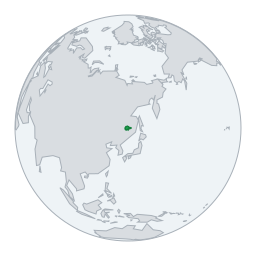 the Earth from above Yevrey
{"feature_id": "RUS-2613", "entity_name": "Yevrey", "entity_type": "Autonomous Region", "adm_level": 1, "iso_a3": "RUS", "parent_name": "Russia", "parent_adm1": "", "projection": "orthographic", "projection_center": [132.69, 48.574], "detail": "fine", "context": "on_globe", "style": "filled", "palette": "green", "viewbox_px": 256, "rotation_deg": 0, "n_neighbors": 0, "source": "natural_earth", "source_scale": "10m", "svg_char_len": 12234}
<svg xmlns="http://www.w3.org/2000/svg" viewBox="0 0 256 256"><circle cx="128" cy="128" r="113" fill="#eef3f6" stroke="#a8b0b8"/><path d="M207.6,203.7L207.5,204.0L207.4,204.1L207.6,203.7ZM216.9,58.9L216.4,61.2L219.5,62.4L220.6,64.2L220.3,65.0L219.0,63.2L216.7,63.1L216.8,65.7L211.7,65.4L201.3,60.1L202.2,58.8L199.6,57.9L198.3,59.7L198.1,61.1L187.4,62.2L182.0,69.9L183.9,74.8L180.7,72.0L186.8,83.2L186.2,90.1L184.6,80.9L182.7,78.9L181.2,82.7L179.0,81.5L176.9,82.7L174.4,81.0L173.7,76.0L172.0,74.9L171.0,77.7L167.9,77.9L169.5,74.0L164.2,74.0L162.0,66.3L168.5,58.0L165.1,53.3L166.1,43.7L163.8,43.6L162.7,40.3L159.7,38.9L160.7,37.8L157.4,37.8L157.0,39.1L155.4,39.6L153.6,39.0L154.6,37.4L155.7,37.4L155.0,36.6L156.3,36.1L154.6,36.0L156.1,34.2L152.0,35.2L150.9,33.1L152.5,32.1L155.9,33.3L168.0,34.8L170.7,34.6L171.3,33.0L164.9,27.3L166.5,26.8L166.0,25.3L163.6,24.9L163.0,26.0L158.3,25.2L158.2,26.8L156.3,26.8L154.8,28.3L151.3,27.0L148.7,25.0L149.7,23.8L148.6,22.9L144.6,23.3L143.6,20.6L137.9,18.3L138.1,17.9L143.9,18.0L151.6,19.7L159.1,20.8L150.4,19.0L151.0,18.4L149.5,17.9L147.2,17.5L145.5,17.4L144.9,17.1L153.3,18.5L154.0,18.8L151.3,18.2L155.0,19.1L160.6,20.5L160.4,20.2L169.1,23.2L169.9,23.4L170.8,23.8L170.4,23.7L170.9,23.9L178.5,27.3L185.8,31.3L192.8,35.9L199.5,40.9L205.7,46.5L211.6,52.5L216.9,58.9ZM229.1,129.0L228.2,127.4L229.3,127.0L229.1,129.0ZM227.2,127.3L227.6,127.7L227.2,127.6L227.2,127.3ZM226.7,127.9L227.1,127.5L226.7,128.1L226.7,127.9ZM226.1,128.9L226.4,128.3L226.1,128.9ZM224.8,129.8L224.5,129.9L224.6,129.2L224.8,129.8ZM198.4,62.0L198.5,59.9L200.5,58.8L200.6,60.7L198.4,62.0ZM194.3,64.3L193.7,62.8L196.7,63.6L196.1,64.2L194.3,64.3ZM185.8,78.7L186.4,76.7L186.6,79.1L185.8,78.7ZM177.1,83.1L177.7,84.2L176.4,84.4L177.1,83.1ZM156.8,29.0L155.8,28.6L156.6,28.5L156.8,29.0ZM157.1,30.0L158.7,30.1L159.1,30.6L158.1,30.5L157.1,30.0ZM171.3,82.1L169.0,82.2L171.2,81.2L171.3,82.1ZM155.0,29.7L159.6,31.5L160.2,32.4L156.9,32.9L155.0,29.7ZM167.7,81.8L162.2,82.5L163.0,84.7L157.7,79.0L164.1,80.2L166.6,78.4L166.3,80.5L167.7,81.8ZM157.7,39.8L158.0,38.3L159.4,40.1L157.7,39.8ZM159.0,40.9L165.7,46.1L164.3,48.1L162.3,45.9L161.9,49.1L158.0,47.5L157.3,45.4L159.0,44.3L156.2,44.5L159.0,40.9ZM155.7,75.9L154.2,75.4L155.6,74.9L155.7,75.9ZM154.9,40.0L156.4,40.8L155.3,42.6L152.2,41.3L153.5,41.1L154.9,40.0ZM163.7,50.8L162.4,52.0L158.8,51.0L157.8,51.3L157.7,47.6L163.7,50.8ZM152.8,40.4L150.6,40.6L149.4,39.3L153.4,39.3L152.8,40.4ZM156.3,43.6L155.7,44.4L155.0,43.5L156.3,43.6ZM144.1,35.0L145.9,35.7L145.5,36.7L144.1,35.0ZM149.8,40.8L150.2,41.3L150.3,41.8L148.6,41.7L149.8,40.8ZM155.2,47.3L154.0,46.6L155.1,48.7L152.4,48.2L152.9,45.8L151.6,46.6L150.8,46.5L152.1,44.8L155.2,47.3ZM147.0,43.1L146.7,40.2L143.5,38.5L143.8,37.5L148.9,40.5L147.0,43.1ZM149.9,44.2L148.2,43.3L149.4,42.5L151.3,42.6L149.9,44.2ZM150.5,48.7L154.4,50.1L154.2,50.6L150.5,48.7ZM145.8,42.8L145.9,43.5L145.5,42.7L145.8,42.8ZM148.8,47.0L150.2,47.4L149.9,47.9L148.8,47.0ZM145.0,44.7L144.9,43.7L146.2,43.7L145.0,44.7ZM146.5,45.9L145.8,46.5L146.7,44.3L147.2,45.9L146.5,45.9ZM148.3,47.4L148.6,47.9L147.7,47.2L148.3,47.4ZM140.1,45.3L141.0,42.5L143.8,42.5L142.6,45.2L140.1,45.3ZM68.2,32.5L67.6,33.0L62.7,36.4L53.1,46.0L51.3,47.9L48.9,49.0L38.9,61.2L39.7,62.0L34.1,72.5L32.6,78.4L38.2,75.8L40.7,65.9L44.6,62.1L45.4,68.1L43.7,77.3L45.2,76.2L49.1,68.8L51.7,69.7L50.8,66.3L49.0,68.6L48.4,66.6L50.1,64.4L50.9,64.8L52.3,61.9L47.9,61.5L45.5,63.8L47.3,57.7L43.5,61.1L42.9,60.3L49.0,54.4L50.7,53.6L59.6,45.6L58.0,45.7L49.5,53.5L50.8,51.7L48.6,52.3L51.4,50.4L61.1,42.3L64.6,37.8L63.9,35.7L67.1,33.4L72.0,30.3L77.4,28.4L69.8,34.0L71.6,33.7L77.6,31.1L74.7,33.1L76.2,32.8L73.8,35.0L74.7,37.2L72.9,39.6L77.4,39.7L77.1,41.0L74.5,40.5L71.7,41.6L67.7,48.2L68.1,49.2L71.4,48.8L69.9,50.8L73.6,49.7L73.3,53.5L76.7,47.9L80.6,47.7L82.7,49.8L84.6,48.9L81.2,45.5L79.3,45.1L76.6,46.3L71.9,44.9L72.4,42.9L79.7,40.9L81.1,37.9L86.1,37.9L92.4,46.4L92.8,50.6L84.8,58.2L82.3,57.3L83.9,54.1L78.6,57.4L80.9,57.0L79.6,58.8L83.0,59.3L82.3,60.6L86.9,59.0L86.3,60.7L83.5,61.7L88.1,64.3L88.2,68.0L89.6,68.0L91.1,67.0L90.2,72.6L91.2,72.3L92.0,70.4L94.5,68.7L98.8,68.0L98.2,70.0L96.6,70.5L92.5,74.7L88.3,76.0L88.5,76.7L92.0,76.1L97.1,70.9L99.8,70.0L97.7,72.6L98.7,71.6L99.9,71.7L100.5,73.8L102.9,71.1L116.6,71.0L119.2,75.3L115.9,77.4L124.8,80.3L127.1,85.4L127.7,83.5L132.5,83.9L131.8,82.3L132.5,81.5L144.4,82.4L146.7,84.4L152.6,83.1L152.9,82.2L151.5,80.7L157.7,79.0L163.0,84.7L162.0,86.4L166.0,89.0L163.1,92.7L162.5,97.1L157.0,99.9L157.0,103.4L158.6,104.0L159.9,109.4L156.9,118.6L152.3,108.2L155.3,95.0L153.5,100.0L151.9,98.0L149.9,99.4L148.8,103.2L150.0,104.1L137.6,106.9L130.8,115.9L136.3,116.6L138.4,120.2L135.5,132.2L120.2,145.0L122.9,150.9L122.2,154.1L118.0,155.2L118.9,150.5L115.7,147.8L116.9,145.1L110.3,145.6L111.7,141.8L105.9,144.2L106.7,147.8L112.0,148.6L106.4,152.7L110.1,159.4L109.1,165.8L98.0,173.7L88.9,173.8L88.0,175.4L85.2,172.0L80.2,173.8L84.6,186.1L84.0,188.8L76.5,190.9L76.6,188.9L69.0,179.9L66.7,185.6L72.4,193.8L74.3,200.6L69.6,196.5L67.7,190.3L65.0,187.0L66.4,181.9L65.4,172.1L60.6,170.9L61.6,167.6L59.5,157.7L53.0,155.6L42.2,157.2L39.7,164.8L36.5,165.5L35.0,149.1L37.1,140.1L34.9,138.2L34.8,126.6L29.9,114.9L30.7,111.9L29.4,110.5L29.6,104.6L31.4,100.0L30.8,97.5L26.4,109.9L27.2,112.7L30.0,112.7L28.4,116.2L28.4,122.7L23.0,123.5L18.1,112.8L20.2,106.4L29.6,82.5L30.7,81.6L30.9,81.4L31.1,81.0L29.4,82.0L31.9,77.8L24.1,92.1L21.7,96.9L18.0,112.9L17.7,112.9L17.3,117.3L19.0,124.6L18.5,126.3L16.1,129.9L15.4,129.4L15.6,121.2L16.4,113.0L17.8,104.9L19.7,96.9L22.3,89.0L25.4,81.4L29.1,74.1L33.3,67.0L38.0,60.2L43.2,53.8L48.9,47.8L55.0,42.3L61.4,37.1L68.2,32.5ZM39.3,90.1L40.0,96.0L44.2,90.6L44.8,92.5L46.0,90.0L44.5,90.2L48.1,84.0L50.0,85.7L52.2,84.0L52.1,82.0L48.0,79.8L42.8,88.5L40.7,88.4L39.3,90.1ZM150.5,18.3L149.8,18.2L147.7,17.7L149.0,17.9L150.5,18.3ZM136.4,16.6L135.8,16.1L137.1,16.5L138.8,16.4L143.8,17.3L138.4,17.7L140.0,17.3L136.4,16.6ZM149.0,18.9L146.5,18.1L149.5,19.0L149.0,18.9ZM86.8,29.7L84.6,30.7L83.4,30.3L85.8,27.9L87.5,28.4L86.8,29.7ZM81.7,32.2L88.2,31.2L87.0,32.9L86.6,32.1L85.2,33.3L84.1,32.3L76.5,35.1L75.0,35.0L80.2,30.3L79.3,31.8L81.5,30.7L81.7,32.2ZM107.0,27.9L109.8,28.0L103.6,31.3L101.7,30.8L103.9,28.2L107.5,27.3L107.0,27.9ZM148.2,30.5L149.7,30.8L149.4,31.2L147.9,31.3L148.2,30.5ZM145.0,35.2L141.5,30.1L143.0,30.0L139.1,27.3L141.6,26.2L144.0,28.0L143.1,25.3L146.2,26.4L145.1,24.6L150.3,28.6L153.1,29.7L149.0,28.8L146.6,29.8L146.4,30.5L148.1,33.5L153.0,36.5L151.4,38.1L149.0,38.5L147.6,38.0L149.0,37.1L146.1,37.1L147.1,35.4L145.0,35.2ZM121.6,44.5L123.9,43.1L118.2,43.9L119.2,41.8L118.5,42.0L117.8,40.3L115.8,38.7L116.7,37.9L115.5,37.7L115.1,36.6L113.7,36.1L115.0,34.4L113.4,33.6L114.9,33.3L111.9,32.4L114.7,32.4L114.4,31.2L111.8,31.9L121.9,25.4L124.0,23.1L124.1,21.4L128.9,21.8L131.8,23.8L133.1,26.8L130.4,29.1L133.0,29.0L132.5,30.1L130.7,29.7L133.3,31.0L132.3,31.8L133.5,35.1L137.8,36.7L138.3,38.0L136.2,37.9L138.2,39.4L134.5,40.0L134.8,41.0L131.5,42.8L127.2,42.0L127.9,43.3L125.4,44.8L121.6,44.5ZM139.1,45.7L133.7,45.0L131.6,43.6L138.3,41.2L138.5,40.1L142.8,38.8L145.7,40.9L144.2,41.1L143.5,41.8L142.9,40.8L142.8,42.1L140.8,42.4L140.2,43.5L138.6,43.0L139.1,45.7ZM51.4,48.6L50.4,49.9L49.3,51.6L47.9,52.1L51.4,48.6ZM57.9,43.0L57.3,43.8L54.8,45.2L55.8,44.1L57.9,43.0ZM59.2,43.3L57.5,43.8L59.0,42.8L59.2,43.3ZM74.2,41.4L73.8,42.4L72.9,42.6L72.1,42.3L74.2,41.4ZM104.8,47.1L106.5,46.3L106.9,46.7L110.9,46.6L110.5,48.3L107.9,49.0L104.8,47.1ZM37.4,74.9L36.6,74.0L37.4,72.6L37.5,73.2L37.4,74.9ZM41.5,62.2L39.5,65.6L41.1,62.3L41.5,62.2ZM105.0,48.9L106.7,48.6L105.5,49.7L105.0,48.9ZM110.4,49.5L109.2,50.7L110.9,48.5L110.4,49.5ZM101.7,221.3L105.1,222.3L105.0,222.6L101.7,221.3ZM98.0,219.4L101.9,220.4L97.4,219.9L98.0,219.4ZM103.4,220.8L107.3,221.1L109.0,220.9L108.8,221.5L103.4,220.8ZM95.4,218.8L81.9,214.3L76.7,211.4L77.8,210.7L86.2,214.2L95.4,218.8ZM77.4,210.5L69.6,203.7L59.9,187.7L63.3,189.9L73.6,201.8L73.0,202.6L77.7,207.4L77.4,210.5ZM96.7,211.0L96.0,214.0L88.4,211.4L85.0,209.8L82.7,204.8L84.0,203.1L86.7,204.1L98.0,199.8L101.8,202.7L98.2,205.1L101.3,208.9L96.7,211.0ZM39.9,165.9L41.0,172.3L39.3,171.6L39.9,165.9ZM103.1,195.2L98.2,197.7L102.8,193.9L103.1,195.2ZM106.1,191.2L106.2,193.2L104.5,190.9L106.1,191.2ZM87.4,178.1L84.5,177.5L84.7,176.0L88.5,176.0L87.4,178.1ZM108.2,171.1L107.3,175.4L106.4,176.7L105.5,173.8L108.2,171.1ZM103.8,64.3L98.7,62.5L94.7,62.6L92.1,64.8L93.6,61.1L99.7,60.9L103.8,64.3ZM115.1,69.9L117.4,68.2L117.9,69.6L117.4,70.2L115.1,69.9ZM115.4,68.4L115.5,65.1L117.7,64.6L117.3,67.3L115.4,68.4ZM110.0,56.5L108.5,55.9L109.6,55.0L110.0,56.5ZM145.9,239.2L146.6,239.1L145.9,239.2ZM125.7,238.9L104.7,237.7L99.7,236.5L100.3,236.1L94.5,232.4L96.0,232.8L94.2,230.3L106.3,230.9L114.7,227.6L122.2,228.7L127.4,225.3L135.3,225.8L133.3,228.8L142.1,230.4L146.9,223.6L153.2,229.8L160.2,230.7L163.4,232.7L154.6,237.3L148.6,238.7L147.0,238.9L144.6,239.3L140.3,239.8L136.9,239.5L134.6,239.8L136.4,239.1L133.3,239.8L130.6,239.3L125.7,238.9ZM183.0,221.4L184.4,220.9L187.0,220.6L184.7,221.5L183.0,221.4ZM204.0,207.3L204.8,207.1L203.3,208.3L204.0,207.3ZM207.4,204.1L205.5,205.6L207.6,203.7L207.4,204.1ZM189.4,215.3L190.2,215.3L189.6,215.7L189.4,215.3ZM188.8,215.5L189.5,214.5L189.5,215.1L188.8,215.5ZM181.7,214.5L182.4,213.9L182.8,214.0L181.7,214.5ZM110.2,223.3L114.9,221.9L117.6,222.1L110.2,223.3ZM180.4,214.1L178.3,214.7L178.5,214.2L180.4,214.1ZM180.4,213.2L180.1,212.6L181.5,213.6L180.4,213.2ZM176.4,213.0L179.0,213.3L176.1,213.2L176.4,213.0ZM174.9,213.5L173.1,213.5L173.2,213.3L174.9,213.5ZM155.6,218.0L162.2,220.6L157.1,221.3L151.3,219.8L147.2,222.2L137.6,222.1L139.6,220.8L138.2,218.7L128.6,217.6L126.6,216.0L130.0,215.3L123.7,213.6L130.5,213.4L133.4,216.6L137.3,214.3L144.3,214.9L151.2,215.5L156.9,217.0L155.6,218.0ZM130.8,219.9L132.0,220.0L131.0,220.8L130.8,219.9ZM169.7,212.8L172.3,213.5L172.0,213.9L170.8,214.0L169.7,212.8ZM158.2,216.4L164.3,213.1L165.8,212.9L161.8,216.2L158.2,216.4ZM162.7,211.8L165.6,211.7L167.2,212.7L166.6,213.2L162.7,211.8ZM116.9,216.0L116.6,216.8L114.9,215.9L116.9,216.0ZM119.1,215.8L124.4,217.2L118.6,216.4L119.1,215.8ZM103.6,210.1L105.1,212.5L109.7,212.1L106.2,213.3L109.4,217.1L108.4,218.1L105.1,214.0L104.2,217.3L102.2,216.8L100.9,213.5L102.9,210.1L105.0,208.9L113.4,209.9L103.6,210.1ZM119.0,213.3L117.6,210.8L118.7,209.3L120.1,210.8L119.0,213.3ZM113.8,204.1L110.4,200.5L107.1,201.0L113.9,197.9L116.0,202.0L113.8,204.1ZM111.2,196.8L108.1,197.3L111.5,195.4L111.2,196.8ZM107.5,196.1L107.3,193.8L109.7,194.6L107.5,196.1ZM112.8,197.2L113.7,193.6L114.7,196.0L112.8,197.2ZM106.9,188.5L111.5,193.3L105.1,190.3L105.8,182.7L108.6,183.2L106.9,188.5ZM128.5,158.8L128.4,156.2L131.2,156.0L130.5,157.8L128.5,158.8ZM140.1,153.6L131.9,155.1L125.2,156.5L126.9,158.0L124.6,161.9L122.6,157.6L127.9,153.6L132.8,153.3L134.3,149.8L138.4,147.8L138.7,143.2L140.8,141.4L142.0,145.5L140.1,153.6ZM138.7,141.2L140.7,133.2L145.6,134.8L146.2,136.9L143.2,139.9L140.8,138.8L138.7,141.2ZM142.6,131.7L140.3,130.7L138.5,118.1L139.4,115.9L143.3,126.0L141.4,125.6L141.0,128.6L142.6,131.7ZM154.3,76.5L154.2,75.5L155.2,76.4L154.3,76.5ZM132.0,80.6L133.1,79.6L134.2,80.6L132.0,80.6ZM136.6,77.5L134.7,77.0L137.0,76.7L136.6,77.5ZM130.3,76.1L134.0,76.4L130.1,77.3L130.3,76.1Z" fill="#d9dde1" stroke="#a8b0b8" stroke-width="1"/><path d="M125.3,128.2L125.3,127.9L125.2,127.9L125.3,127.5L125.4,127.4L125.6,127.2L125.8,127.2L125.9,126.9L126.0,126.8L126.0,126.7L126.3,126.7L126.5,126.7L126.8,126.5L127.0,126.6L127.1,126.4L127.2,126.2L127.3,126.2L127.4,126.3L127.5,126.3L127.6,126.5L127.8,126.6L128.0,126.6L128.3,126.7L128.5,126.7L128.5,126.8L128.7,127.2L128.8,127.5L129.4,127.6L129.5,127.7L129.5,127.8L129.8,127.9L130.0,127.8L130.1,127.7L130.3,127.7L130.3,127.8L130.5,127.9L130.6,128.0L130.7,127.9L130.8,127.9L131.0,127.9L131.0,128.0L130.9,128.1L130.9,128.3L130.7,128.4L130.4,128.3L130.2,128.4L129.9,128.5L129.7,128.5L129.4,128.6L129.3,128.8L129.2,128.8L128.9,128.9L128.7,128.9L128.5,129.0L128.4,129.0L128.2,129.2L128.2,129.3L128.1,129.2L128.0,129.3L127.9,129.5L127.7,129.7L127.4,129.7L127.2,129.7L127.0,129.8L126.9,129.8L126.9,129.7L126.8,129.8L126.7,129.7L126.6,129.8L126.5,129.7L126.4,129.7L126.0,129.7L125.9,129.7L125.7,129.7L125.7,129.3L125.6,129.2L125.4,129.0L125.3,128.9L125.4,128.7L125.5,128.7L125.6,128.4L125.5,128.2L125.4,128.1L125.3,128.2Z" fill="#22c55e" stroke="#15803d" stroke-width="1.5"/></svg>